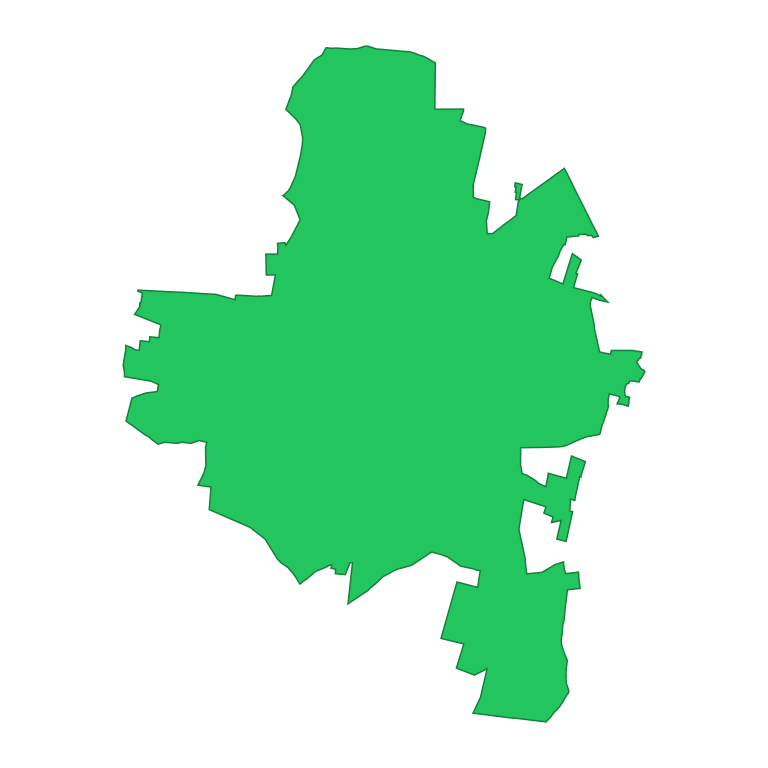 Umán, Yucatán, Mexico
{"feature_id": "50627088B93748146703030", "entity_name": "Umán", "entity_type": "district", "adm_level": 2, "iso_a3": "MEX", "parent_name": "Mexico", "parent_adm1": "Yucatán", "projection": "robinson", "projection_center": [-89.729, 20.847], "detail": "fine", "context": "isolated", "style": "filled", "palette": "green", "viewbox_px": 768, "rotation_deg": 0, "n_neighbors": 0, "source": "geoboundaries", "source_scale": "gbopen_adm2", "svg_char_len": 5953}
<svg xmlns="http://www.w3.org/2000/svg" viewBox="0 0 768 768"><path d="M513.2,718.2L513.9,718.0L546.0,721.9L547.5,720.4L548.3,719.3L549.7,718.3L554.7,711.7L556.7,710.1L557.5,709.0L558.4,707.9L559.1,707.3L560.0,706.2L560.1,705.7L561.0,704.6L562.3,702.6L563.1,701.6L564.5,698.9L566.4,695.7L568.2,693.2L568.7,692.0L568.8,691.4L568.7,690.7L568.2,688.8L567.2,685.7L566.4,683.6L566.2,682.5L566.1,680.1L565.9,677.6L566.2,677.1L566.0,674.8L566.0,671.8L566.2,669.2L566.8,664.4L567.0,662.2L567.4,660.7L563.6,651.3L562.4,647.3L561.9,646.2L561.1,640.7L561.4,639.1L561.6,635.2L562.3,634.9L562.6,626.1L564.2,619.4L564.6,615.2L565.2,607.3L566.1,601.1L567.4,589.8L580.1,588.4L578.8,577.7L578.8,577.4L578.5,572.1L565.8,573.7L564.3,569.2L563.6,564.1L563.6,561.9L555.4,564.5L546.1,569.9L541.8,572.4L526.8,573.8L525.5,564.5L525.3,559.0L519.2,530.8L519.0,528.5L522.8,505.3L523.8,499.6L545.9,506.8L543.9,513.2L553.0,517.0L551.5,522.6L561.1,520.4L556.8,539.1L566.1,541.4L572.6,511.7L569.8,511.0L570.6,499.0L574.8,500.5L575.7,495.1L579.7,476.8L581.0,477.0L581.0,476.5L580.9,476.2L582.3,471.6L584.0,466.3L585.4,461.7L571.5,456.0L567.4,473.6L566.4,478.2L562.5,477.2L550.5,473.9L548.2,473.3L548.1,475.1L545.8,486.6L540.5,484.4L538.4,483.1L535.0,480.2L526.7,475.1L522.8,473.9L522.2,473.6L520.5,464.9L520.7,447.7L544.0,447.4L558.6,446.9L562.7,446.4L564.6,446.0L570.6,443.6L577.1,440.6L581.9,438.5L587.2,436.6L590.0,436.3L593.2,435.6L599.6,434.4L600.2,433.0L601.2,428.9L601.3,428.7L602.1,425.6L602.7,423.8L603.2,422.4L603.7,421.2L604.0,420.3L605.8,415.0L606.3,413.3L607.1,410.8L607.8,408.9L608.0,408.0L608.5,406.7L608.4,406.0L608.2,404.9L608.1,404.1L608.0,403.3L608.2,401.8L608.2,399.6L609.2,393.9L618.6,396.2L619.8,397.4L619.5,398.3L617.1,403.9L621.2,404.1L625.7,405.4L628.3,406.2L629.0,402.4L628.9,399.9L629.7,397.6L629.0,397.1L625.8,396.5L624.8,394.0L624.7,389.2L625.1,387.8L625.7,385.6L626.6,384.5L626.9,383.8L628.5,383.5L630.2,380.9L632.7,380.9L634.9,381.4L635.7,381.4L636.9,381.8L639.0,382.0L640.3,379.0L641.2,378.4L644.8,372.1L644.7,371.2L643.9,370.2L642.2,369.4L640.8,368.5L639.6,366.7L636.7,362.1L639.4,358.4L640.3,358.3L641.5,355.1L641.9,351.9L636.0,351.1L632.2,350.4L611.4,350.4L610.4,354.3L605.7,353.2L604.5,353.2L599.6,351.8L594.4,328.8L594.3,325.3L593.2,320.0L589.9,303.7L591.9,297.7L594.0,298.3L596.4,299.1L600.2,300.4L602.6,300.9L607.8,302.1L600.8,294.9L600.7,295.9L595.7,293.5L594.0,292.9L586.8,291.0L573.5,287.6L577.6,273.8L575.9,273.4L581.3,260.0L572.4,253.6L570.8,258.6L562.9,283.8L562.9,284.0L549.1,278.2L549.5,277.1L552.3,267.3L558.5,255.9L560.3,250.7L563.8,244.6L565.2,244.8L566.8,237.1L578.8,235.9L578.8,234.5L586.5,234.3L587.1,235.5L591.6,235.5L593.3,237.6L597.5,236.5L598.4,236.2L595.5,230.3L593.5,226.5L593.2,226.0L592.1,223.9L591.3,222.2L589.8,219.2L589.4,218.4L588.6,216.7L588.3,216.2L587.4,214.3L585.1,209.8L583.9,207.3L580.4,200.4L578.1,195.8L575.7,191.1L573.6,186.8L571.6,182.7L570.5,180.4L567.6,174.6L564.4,168.3L529.6,193.4L528.3,194.3L527.7,194.8L526.4,195.7L525.0,196.7L523.7,197.7L521.6,199.0L520.5,198.9L520.5,198.7L520.5,198.4L520.4,198.2L520.2,197.9L519.9,197.8L519.8,197.7L519.7,197.3L519.9,196.1L520.4,193.8L520.6,192.6L520.8,191.4L521.0,190.3L521.2,189.1L521.4,188.0L521.7,186.8L522.0,185.6L522.2,184.5L517.2,183.3L515.2,182.9L514.7,186.9L515.0,187.0L516.0,187.1L515.7,189.3L515.5,190.5L515.3,192.3L515.9,192.3L516.5,192.4L515.6,199.6L518.4,199.7L519.0,199.5L519.3,199.4L519.2,200.7L518.4,201.2L516.3,214.4L516.7,214.9L516.1,215.5L509.3,220.9L505.5,223.5L499.6,228.1L492.6,233.6L487.2,233.6L486.4,220.7L488.5,212.3L489.7,201.8L476.9,198.8L473.4,197.3L473.3,186.6L472.8,186.6L479.1,160.3L485.4,132.6L485.5,131.1L485.6,128.1L484.1,127.5L476.3,125.7L467.1,123.9L460.3,120.8L460.3,120.7L460.5,119.5L461.5,116.6L462.2,114.2L463.6,111.1L463.5,109.1L435.3,109.2L434.8,109.2L435.4,63.0L425.4,57.2L423.3,56.2L419.3,55.2L416.0,53.7L413.2,52.8L409.8,51.8L400.8,51.1L376.2,48.9L368.2,46.3L365.4,46.1L357.3,48.6L350.0,49.0L336.4,48.1L331.2,48.3L326.1,47.7L321.9,55.1L314.3,59.8L307.8,68.9L302.8,75.9L298.9,80.1L292.8,87.1L291.7,93.8L285.9,109.4L296.0,119.1L300.3,125.0L302.7,138.1L302.3,144.6L300.3,156.3L295.5,176.0L290.4,187.5L288.6,190.5L283.4,195.5L282.9,195.6L293.9,204.8L294.5,205.7L296.8,211.4L300.1,219.9L298.0,224.0L296.9,226.0L294.9,230.0L293.2,233.2L291.0,237.4L285.9,245.2L285.0,242.7L277.5,243.3L277.9,247.5L277.6,254.1L275.1,254.1L271.1,254.1L267.2,254.1L265.8,254.2L266.2,268.7L266.3,275.0L275.4,275.0L271.6,295.4L259.7,296.3L258.6,296.0L256.9,296.3L247.0,295.7L236.9,295.1L235.7,295.4L235.1,299.7L215.7,294.3L212.3,294.2L191.7,292.9L184.3,292.4L170.1,291.8L138.0,290.1L138.0,291.3L142.3,292.9L140.9,302.9L139.8,303.0L139.8,305.8L140.2,306.0L134.6,314.4L160.7,324.8L160.4,327.9L159.9,328.9L159.7,330.1L159.0,337.7L149.8,336.8L149.4,341.7L140.2,340.7L139.2,350.3L135.1,349.8L132.0,347.8L129.7,346.8L127.9,346.3L125.7,345.4L125.8,350.1L124.9,354.2L123.8,360.7L123.2,365.0L124.1,370.3L124.4,372.6L124.5,374.3L124.5,376.7L149.4,380.9L151.5,381.3L158.4,384.5L159.0,383.8L158.3,385.6L157.9,387.6L157.4,391.3L154.9,391.9L151.0,392.3L145.5,393.1L144.2,393.5L139.9,395.0L137.6,395.8L135.4,396.7L131.9,398.2L126.9,417.7L126.0,421.0L145.6,435.2L148.5,436.5L151.7,439.5L158.2,444.2L164.2,442.4L165.7,442.4L177.3,443.3L182.1,442.2L190.7,443.4L199.2,440.5L206.8,442.3L205.5,447.2L205.9,465.5L204.0,472.7L197.9,485.2L211.0,487.0L209.2,509.6L250.0,527.3L265.1,539.1L277.2,558.7L280.6,562.4L287.9,567.5L293.0,573.4L295.9,577.4L299.8,584.0L309.2,577.0L315.3,571.6L327.8,566.4L328.4,565.4L331.9,565.2L331.0,568.2L335.6,569.2L335.3,573.7L345.3,574.6L349.9,562.8L352.5,562.7L348.0,603.8L368.3,590.2L369.1,589.1L375.6,583.7L382.8,576.8L396.4,569.5L411.6,565.3L431.0,552.3L432.4,552.2L442.9,555.1L447.5,556.9L460.8,566.2L474.1,569.0L476.2,570.0L480.2,570.6L477.7,587.4L457.0,582.0L441.0,638.4L442.6,638.8L463.7,643.9L463.8,644.0L456.4,668.1L474.4,675.1L487.1,668.7L480.5,697.3L473.0,713.2L513.2,718.2Z" fill="#22c55e" stroke="#15803d" stroke-width="1.5"/></svg>